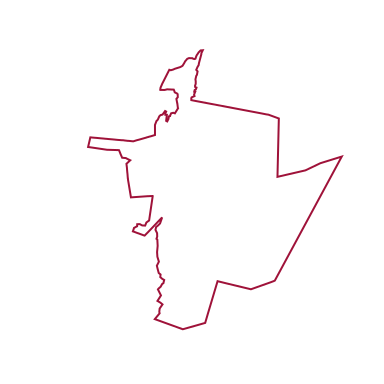 San Antonio Nanahuatípam, Oaxaca, Mexico (Equal Earth projection), rotated 209°
{"feature_id": "50627088B61531802941312", "entity_name": "San Antonio Nanahuatípam", "entity_type": "district", "adm_level": 2, "iso_a3": "MEX", "parent_name": "Mexico", "parent_adm1": "Oaxaca", "projection": "equal_earth", "projection_center": [-97.129, 18.149], "detail": "fine", "context": "isolated", "style": "outline", "palette": "rose", "viewbox_px": 384, "rotation_deg": 209, "n_neighbors": 0, "source": "geoboundaries", "source_scale": "gbopen_adm2", "svg_char_len": 3200}
<svg xmlns="http://www.w3.org/2000/svg" viewBox="0 0 384 384"><g transform="rotate(209 192 192)"><path d="M307.4,190.5L304.7,181.0L298.9,183.2L286.9,187.7L276.2,193.2L275.6,192.8L275.5,192.7L272.7,190.4L269.7,188.1L266.3,189.6L264.8,189.6L261.4,189.8L263.0,184.9L262.9,184.8L262.8,184.6L260.7,181.7L259.6,180.0L257.9,177.5L257.8,177.4L256.5,175.5L256.2,175.0L254.8,172.9L254.7,172.9L253.9,171.7L251.2,168.3L242.8,157.7L234.8,162.9L229.1,166.6L224.5,169.4L224.4,169.4L215.7,146.3L215.7,146.2L215.9,145.9L217.1,143.2L216.7,139.9L219.4,138.6L220.2,138.6L222.1,138.6L223.6,137.7L224.3,137.3L223.4,135.4L224.3,134.1L224.4,133.9L224.5,133.7L225.3,132.5L224.9,130.6L224.6,128.9L223.4,129.1L222.2,129.3L219.4,129.7L219.1,129.8L212.6,130.8L212.3,130.9L212.2,131.2L211.8,132.7L210.9,135.9L210.6,137.1L210.4,137.8L207.5,148.9L207.5,149.0L205.8,155.3L204.7,149.0L205.5,146.2L206.4,144.0L205.6,141.2L202.6,139.1L202.1,138.3L200.8,136.1L200.4,133.9L200.1,133.9L199.2,133.5L195.9,128.2L193.4,122.5L190.9,118.6L187.2,115.0L187.1,113.1L187.0,110.5L184.6,107.9L181.8,105.0L179.5,104.6L178.5,102.2L175.9,101.6L173.7,101.6L172.8,98.4L173.5,97.1L173.5,93.9L174.3,91.7L174.4,91.3L174.6,90.3L169.0,86.5L169.4,80.0L166.0,79.9L163.3,79.4L163.8,74.4L162.5,71.3L161.5,70.2L162.9,62.8L162.2,62.9L133.5,67.5L122.9,78.0L117.0,83.9L118.8,91.9L118.9,92.3L126.4,126.4L124.9,126.8L117.5,128.8L93.3,135.5L79.5,151.1L77.3,153.7L76.6,154.7L78.2,295.6L93.7,279.4L103.3,265.9L124.6,246.7L151.7,298.4L162.6,296.7L164.7,295.9L169.4,294.4L237.1,272.0L238.1,273.7L238.2,274.6L236.3,277.1L237.4,278.2L237.8,281.3L238.7,280.9L239.1,282.5L238.4,283.7L238.5,284.6L238.7,285.5L240.0,285.3L240.8,286.2L241.2,288.4L242.4,290.6L243.6,292.2L244.6,295.7L244.5,296.9L245.6,300.2L247.5,300.9L247.8,304.2L247.7,306.2L248.3,307.8L248.6,308.9L250.6,316.9L251.1,318.0L251.3,321.2L253.1,320.0L253.9,317.3L254.0,315.4L254.1,314.6L254.2,313.7L253.9,311.6L253.6,310.3L254.1,309.6L255.5,309.1L256.5,309.2L257.6,308.6L259.5,307.7L260.7,306.2L260.8,305.8L261.1,304.1L261.3,303.2L261.4,302.9L261.3,301.6L261.4,298.9L261.5,297.7L262.8,295.6L266.8,291.4L267.8,290.0L269.6,288.2L271.1,287.9L270.5,271.8L270.4,271.2L270.1,268.0L269.3,265.9L269.2,265.9L265.7,267.8L264.6,268.7L264.5,268.8L263.6,269.7L261.2,270.9L257.6,272.7L256.7,272.0L255.4,270.8L252.5,270.9L251.9,270.5L250.4,268.0L250.8,265.9L248.0,262.5L247.9,262.5L245.2,258.8L244.8,258.5L245.1,252.5L246.8,252.2L247.1,251.9L247.4,251.7L248.4,250.7L248.2,248.4L248.0,247.8L248.9,246.9L248.0,244.4L247.9,241.7L248.0,241.7L249.1,241.7L251.4,247.3L252.8,246.6L253.4,247.8L253.6,249.8L254.7,249.8L254.8,249.8L255.3,245.4L256.8,244.0L257.3,242.4L257.2,240.9L257.0,239.4L257.1,238.0L257.5,236.9L256.9,232.7L252.0,223.9L254.8,221.0L256.6,219.3L256.8,219.0L257.8,218.1L258.4,217.4L259.3,216.5L260.3,215.5L261.3,214.5L262.4,213.4L263.5,212.3L265.5,210.4L267.3,208.5L268.0,207.8L271.3,206.4L272.0,206.1L273.2,205.5L274.7,204.9L275.9,204.4L277.1,204.0L278.6,203.2L280.4,202.4L282.8,201.3L285.4,200.2L288.8,198.7L289.9,198.2L291.0,197.7L292.0,197.3L293.1,196.8L294.2,196.3L295.2,195.9L296.3,195.4L297.4,194.9L301.8,193.0L304.0,192.0L305.1,191.5L306.3,191.0L307.4,190.5Z" fill="none" stroke="#9f1239" stroke-width="2"/></g></svg>